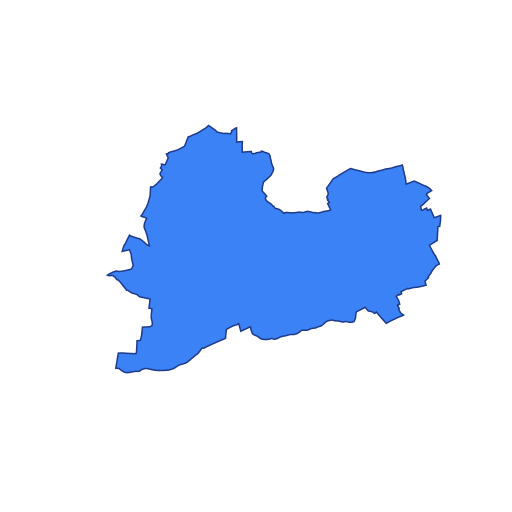 Craiesti, Mures, Romania (Equal Earth projection), rotated 143°
{"feature_id": "2599482B4139853337190", "entity_name": "Craiesti", "entity_type": "district", "adm_level": 2, "iso_a3": "ROU", "parent_name": "Romania", "parent_adm1": "Mures", "projection": "equal_earth", "projection_center": [24.443, 46.747], "detail": "fine", "context": "isolated", "style": "filled", "palette": "blue", "viewbox_px": 512, "rotation_deg": 143, "n_neighbors": 0, "source": "geoboundaries", "source_scale": "gbopen_adm2", "svg_char_len": 6115}
<svg xmlns="http://www.w3.org/2000/svg" viewBox="0 0 512 512"><g transform="rotate(143 256 256)"><path d="M435.6,250.7L433.7,249.3L433.2,248.7L432.0,244.5L431.5,243.8L431.3,243.0L430.5,241.7L429.1,240.3L426.4,238.8L423.1,237.2L421.7,236.4L419.6,234.8L418.3,234.1L416.0,234.1L415.0,234.0L413.8,233.5L411.7,232.5L410.2,231.1L409.5,230.3L405.8,225.9L402.9,223.3L397.5,219.4L394.1,217.3L390.1,215.9L388.0,215.5L384.8,215.4L383.4,215.2L381.6,214.7L378.1,213.3L376.4,212.8L375.0,212.6L373.4,212.6L363.6,213.2L362.1,213.0L360.1,213.3L354.8,214.9L354.2,214.8L353.5,213.9L344.4,212.1L329.8,208.6L328.4,210.4L326.8,212.1L323.7,215.2L317.8,214.3L314.0,213.3L313.5,212.9L312.9,212.6L312.0,212.5L311.6,212.7L310.5,212.4L313.4,205.0L303.7,203.0L303.1,202.7L304.4,200.0L305.5,196.7L305.5,195.5L305.1,194.4L303.3,191.3L302.7,189.7L302.3,187.9L302.1,187.2L301.0,185.7L299.8,184.5L297.9,183.0L296.7,182.3L294.8,181.3L293.1,180.7L292.7,180.2L291.7,178.8L291.1,178.2L290.0,177.7L288.7,177.3L285.4,176.7L283.3,176.0L282.2,175.4L280.5,174.5L278.4,173.7L276.2,172.8L275.7,172.5L273.3,170.7L272.5,170.2L270.8,169.7L270.6,169.5L268.1,169.1L265.4,169.2L264.3,169.2L263.3,168.5L260.6,166.5L259.6,165.9L257.9,165.3L256.2,165.0L255.3,164.7L251.6,162.6L249.4,162.2L246.6,161.1L245.3,160.9L242.2,161.1L240.0,161.4L239.3,161.3L236.9,160.6L234.8,159.7L233.7,158.9L233.1,158.4L232.3,157.1L228.8,154.0L227.0,151.6L226.4,151.0L223.9,149.7L222.8,148.8L221.6,147.1L220.8,146.4L219.8,145.7L217.4,144.6L216.2,145.1L214.9,145.9L213.7,146.8L210.4,150.3L209.4,150.9L208.7,150.9L201.7,149.6L199.7,149.4L199.5,144.9L199.2,144.3L197.1,141.9L196.4,140.7L195.9,138.8L194.6,138.6L193.6,138.9L193.2,131.7L192.5,123.8L188.4,123.3L179.6,121.5L174.2,120.0L173.7,120.0L174.6,122.9L174.7,123.4L174.7,124.2L173.9,127.9L173.3,127.8L173.0,129.1L172.5,130.7L172.9,130.8L172.4,131.7L170.3,131.0L169.4,133.1L168.9,134.7L168.6,136.6L168.3,139.4L165.0,139.5L165.1,138.7L162.4,138.2L161.7,140.2L154.5,138.9L154.4,138.2L149.1,136.0L148.1,135.3L145.6,133.8L140.7,131.5L137.7,130.3L136.3,134.2L131.1,134.9L130.9,135.9L130.0,136.1L127.1,136.9L123.9,138.3L123.0,138.6L119.2,139.5L118.1,139.7L116.5,139.7L115.2,139.5L114.5,139.2L114.0,140.3L113.6,142.9L113.1,145.3L113.3,146.1L112.5,147.5L112.6,149.4L112.5,151.1L111.3,158.9L111.0,160.2L102.0,159.4L93.0,170.0L91.5,169.1L87.5,173.1L84.8,176.3L84.1,177.3L90.6,179.3L88.4,188.5L91.7,189.4L90.9,191.6L92.9,192.1L95.7,192.4L96.3,193.0L94.5,196.8L93.2,196.6L91.8,196.6L85.2,197.4L84.0,197.5L82.9,197.5L82.8,202.9L80.7,203.0L76.4,202.5L76.6,205.1L77.5,207.8L78.0,209.0L80.6,213.1L81.7,215.6L82.6,217.1L83.9,219.6L84.4,220.4L84.9,220.8L92.8,223.0L92.1,224.5L91.3,225.6L89.7,228.7L88.3,232.0L87.4,233.7L86.6,236.0L85.3,238.3L84.4,240.6L87.4,241.7L90.7,243.3L94.5,244.5L97.7,246.1L99.9,247.4L101.0,247.8L104.7,249.1L105.9,249.8L109.0,251.0L111.5,251.6L111.3,252.0L114.1,253.3L115.9,254.6L118.6,257.2L121.7,261.3L125.7,266.1L126.5,267.3L127.7,268.9L130.1,269.3L135.8,270.0L140.4,270.5L142.9,270.6L147.8,271.2L149.2,270.8L158.9,267.6L160.7,262.2L164.2,260.3L164.5,257.8L165.2,257.8L165.2,254.5L167.2,254.8L168.7,247.9L169.1,247.8L171.3,248.8L175.4,250.9L178.0,251.8L179.6,252.5L181.3,253.5L182.7,255.1L184.2,256.2L184.9,257.1L185.3,257.7L187.6,260.3L188.2,260.8L188.7,261.1L191.4,262.0L192.1,262.3L193.5,263.4L193.7,263.9L194.2,264.3L195.5,265.3L199.1,267.3L201.8,269.2L202.9,270.1L205.4,272.5L205.6,272.4L207.1,273.3L207.6,273.1L208.1,273.3L208.3,273.7L208.2,274.1L208.5,276.0L209.0,278.0L209.3,279.0L210.3,280.5L211.9,282.5L212.1,283.6L212.0,284.3L211.9,284.7L211.9,285.1L212.4,285.4L212.4,286.5L212.8,289.0L213.1,289.9L213.7,290.9L213.8,291.8L214.4,294.0L214.1,296.1L213.4,296.7L212.9,297.0L211.4,297.3L211.7,302.2L211.8,302.6L211.9,303.1L211.9,304.3L211.7,304.6L209.6,307.0L207.7,308.7L205.3,310.6L201.0,310.8L198.5,311.1L196.4,311.3L195.1,311.6L192.0,313.1L190.9,313.7L190.1,314.4L189.2,315.5L189.0,316.1L188.5,318.3L187.8,320.7L186.3,323.7L185.4,325.9L184.8,326.9L184.5,327.9L184.2,329.1L184.3,329.9L184.5,330.5L185.3,331.8L186.1,332.9L186.8,333.5L187.2,334.8L188.6,336.6L189.5,336.0L193.7,338.3L194.7,338.3L197.1,339.7L197.5,340.7L197.4,341.5L196.8,342.3L204.5,347.2L200.0,353.2L198.0,355.6L201.2,357.7L202.9,358.5L202.0,359.8L200.0,362.3L194.4,370.1L195.3,370.4L200.1,370.7L200.2,370.4L200.6,370.0L201.6,369.5L202.7,368.8L205.5,371.5L208.5,373.7L211.7,377.4L212.6,378.8L212.7,379.4L212.6,380.3L215.3,388.8L218.1,388.5L219.5,388.5L224.3,389.0L226.3,389.1L228.4,389.4L230.9,389.9L234.9,391.0L236.2,391.1L238.4,392.0L246.3,387.1L247.1,386.7L251.9,387.4L255.5,388.1L262.1,390.7L263.7,391.1L264.2,390.4L266.0,391.5L266.4,390.6L266.6,389.6L266.7,388.4L267.0,387.4L267.5,387.0L271.1,384.9L273.7,383.5L276.2,386.3L276.8,385.2L277.1,384.9L277.6,384.5L279.4,383.8L279.5,383.6L279.0,381.3L283.1,379.6L283.6,378.2L283.7,377.3L283.5,374.7L291.8,373.3L295.8,373.1L296.9,373.3L297.8,373.9L298.5,374.6L299.3,373.9L300.9,371.9L304.6,367.6L310.9,362.9L314.0,361.0L315.7,360.3L318.5,359.2L320.2,358.4L322.1,357.6L323.8,357.2L323.3,356.0L322.7,355.1L322.3,354.8L321.7,354.0L320.6,352.0L324.9,349.5L326.7,348.0L328.2,346.0L329.4,341.5L330.6,338.0L335.0,328.3L336.3,330.4L336.8,332.8L337.0,334.5L338.5,339.8L339.5,340.9L342.0,344.4L344.0,347.4L344.4,348.8L348.4,346.9L352.1,344.9L355.3,343.7L360.1,340.2L353.3,337.1L354.6,332.5L357.1,328.5L359.7,322.4L362.2,321.1L363.1,320.8L363.8,320.7L364.3,320.8L366.9,322.0L371.5,324.1L373.4,325.2L374.7,326.1L375.3,326.6L376.0,327.6L377.1,328.3L380.5,329.4L381.1,329.4L383.9,330.0L386.2,330.1L385.8,329.4L385.0,328.5L382.9,327.3L382.3,326.7L381.9,325.8L381.3,323.1L381.3,322.0L381.4,321.3L381.3,320.8L381.1,320.4L380.8,320.0L380.4,319.6L380.1,315.9L380.1,313.6L379.9,308.7L379.9,306.5L379.2,306.0L378.5,304.2L378.1,302.9L377.6,301.6L376.3,299.6L375.6,298.9L374.2,296.7L373.5,293.5L366.5,285.4L372.9,278.7L370.9,276.5L375.6,271.4L376.4,270.4L377.3,268.9L378.3,266.4L379.6,264.1L381.1,263.0L383.1,263.2L389.5,267.5L395.3,261.3L399.1,258.2L402.1,259.9L404.0,257.4L405.8,255.4L408.8,251.7L410.7,250.2L418.8,256.9L419.9,258.0L421.1,259.0L424.4,261.3L435.6,250.7Z" fill="#3b82f6" stroke="#1e3a8a" stroke-width="1.5"/></g></svg>